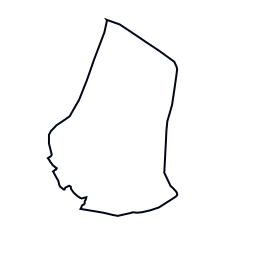 Nihm, Sana'a, Yemen, rotated 22°
{"feature_id": "15242507B22089768415727", "entity_name": "Nihm", "entity_type": "district", "adm_level": 2, "iso_a3": "YEM", "parent_name": "Yemen", "parent_adm1": "Sana'a", "projection": "mercator", "projection_center": [44.482, 15.752], "detail": "fine", "context": "isolated", "style": "outline", "palette": "ink", "viewbox_px": 256, "rotation_deg": 22, "n_neighbors": 0, "source": "geoboundaries", "source_scale": "gbopen_adm2", "svg_char_len": 2325}
<svg xmlns="http://www.w3.org/2000/svg" viewBox="0 0 256 256"><g transform="rotate(22 128 128)"><path d="M74.8,196.4L75.4,196.7L76.7,197.9L78.6,199.5L79.9,200.5L80.2,200.8L81.1,201.5L82.6,202.6L83.0,202.9L83.9,204.1L84.0,204.3L84.6,205.1L85.4,206.2L85.8,206.7L86.8,207.7L87.2,207.8L87.7,208.0L88.5,208.2L89.1,208.4L89.3,208.4L91.3,209.1L92.2,208.8L92.2,207.9L92.2,206.9L95.0,203.6L95.8,203.7L96.9,203.8L97.9,205.7L98.0,205.8L99.7,206.9L101.9,208.3L105.6,209.7L106.4,210.0L109.7,210.7L111.4,210.7L115.3,207.8L115.4,208.4L115.6,209.6L115.6,210.4L115.5,211.0L115.4,211.8L115.4,212.2L115.5,212.9L115.8,213.4L116.0,213.8L116.0,214.2L115.9,215.0L115.5,215.8L114.9,216.3L114.5,216.7L114.4,217.6L114.5,218.9L114.3,220.8L136.8,215.8L138.7,215.5L138.8,215.5L139.4,215.4L143.1,214.8L145.3,214.5L146.1,214.4L149.9,213.6L151.3,213.4L162.0,206.0L164.3,204.2L164.6,204.1L165.6,203.9L167.3,203.4L168.5,203.0L172.9,200.6L179.2,196.2L182.9,193.1L186.4,190.1L194.6,178.6L198.1,173.6L198.7,171.7L198.4,171.1L198.0,170.2L196.6,169.0L192.5,167.0L189.2,165.8L184.3,161.3L178.4,155.9L168.3,126.6L166.5,121.5L164.4,115.4L161.9,106.8L161.3,100.4L160.2,90.1L156.1,73.0L156.0,72.6L153.6,62.9L152.6,59.0L151.6,55.2L150.2,53.2L147.3,50.4L146.2,49.3L134.3,46.3L129.1,45.0L114.0,41.9L113.9,41.9L100.1,38.9L81.6,35.1L67.6,35.7L68.2,36.1L69.0,40.5L70.3,48.2L70.9,77.1L71.3,85.2L71.4,87.1L72.0,99.7L72.0,107.3L72.1,118.0L72.1,120.7L71.9,121.7L69.6,138.4L69.5,139.0L66.5,143.7L64.6,146.5L64.3,147.0L60.7,152.2L60.3,153.1L60.0,154.1L58.6,157.5L58.4,157.9L57.6,160.1L57.5,162.1L57.4,162.2L57.3,164.0L60.5,171.9L60.6,172.0L61.4,173.2L62.2,174.3L67.2,181.2L67.3,182.6L65.7,185.0L65.0,186.0L65.6,186.3L65.9,186.5L66.1,186.7L66.4,186.8L66.7,187.0L67.0,187.2L67.2,187.4L67.3,187.5L67.6,187.6L67.8,187.9L67.9,188.0L68.1,188.1L68.4,188.3L68.6,188.5L68.8,188.6L69.0,188.7L69.2,188.8L69.3,188.8L69.6,189.0L69.8,189.1L70.1,189.3L70.4,189.5L70.6,189.6L70.9,189.8L71.3,190.1L71.5,190.3L71.8,190.5L72.1,190.7L72.4,190.8L72.7,190.8L73.0,190.9L73.5,191.0L73.8,191.1L74.0,191.2L74.3,191.3L74.7,191.4L75.0,191.5L75.6,191.7L75.9,191.7L76.2,191.8L76.5,191.9L77.0,192.0L77.0,192.5L76.9,192.8L76.7,193.0L76.5,193.3L76.5,193.6L76.6,193.8L76.3,194.0L76.1,194.2L75.9,194.5L75.6,195.1L75.4,195.4L75.2,195.7L74.9,196.2L74.8,196.4Z" fill="none" stroke="#020617" stroke-width="2"/></g></svg>